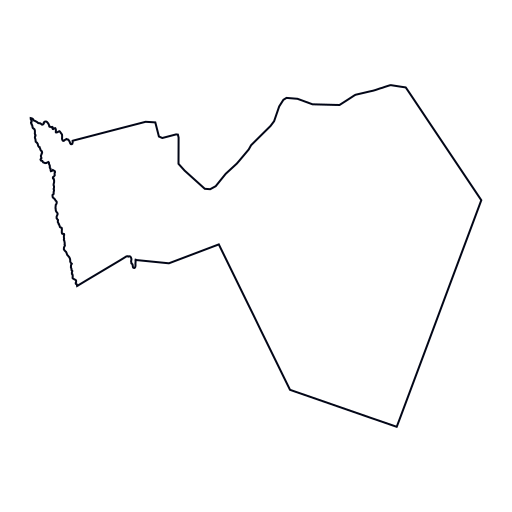 Mongu, Western, Zambia (Equal Earth projection)
{"feature_id": "96606910B8342530541372", "entity_name": "Mongu", "entity_type": "district", "adm_level": 2, "iso_a3": "ZMB", "parent_name": "Zambia", "parent_adm1": "Western", "projection": "equal_earth", "projection_center": [23.028, -15.443], "detail": "fine", "context": "isolated", "style": "outline", "palette": "ink", "viewbox_px": 512, "rotation_deg": 0, "n_neighbors": 0, "source": "geoboundaries", "source_scale": "gbopen_adm2", "svg_char_len": 5525}
<svg xmlns="http://www.w3.org/2000/svg" viewBox="0 0 512 512"><path d="M77.1,286.0L87.2,279.9L119.6,260.6L124.8,257.4L126.2,256.5L127.3,256.2L128.1,256.4L128.2,256.5L128.3,256.4L128.9,256.3L129.7,256.3L130.3,256.6L130.9,257.4L131.2,258.2L131.4,258.8L131.4,259.3L131.4,259.7L131.4,259.8L131.2,260.6L131.1,261.2L131.2,262.0L131.4,262.5L131.4,263.0L131.4,263.4L131.9,263.8L132.3,264.1L132.5,264.4L132.5,264.7L132.7,265.2L132.7,265.6L132.8,266.3L132.9,266.8L133.1,267.5L133.5,267.8L133.9,267.9L134.3,268.0L134.7,267.8L134.9,267.6L135.2,267.1L135.4,266.3L135.5,265.4L135.5,264.6L135.4,263.8L135.5,263.2L135.5,262.4L135.6,261.7L135.6,261.1L135.5,260.5L135.5,260.1L135.6,259.7L136.9,260.1L137.9,260.2L168.9,263.3L218.8,244.4L246.6,301.2L253.6,315.4L261.0,330.7L284.2,378.0L290.0,389.8L294.8,391.5L370.6,417.8L396.7,426.8L396.8,426.6L400.1,417.9L427.5,344.5L449.8,284.6L474.6,218.2L481.3,200.2L427.9,120.5L410.4,94.3L405.8,87.5L405.6,87.4L400.8,86.7L391.2,85.2L390.7,85.2L390.2,85.2L387.6,86.0L384.5,87.0L382.3,87.8L380.1,88.4L375.5,90.0L373.1,90.7L369.0,91.6L363.1,93.0L361.8,93.3L355.8,94.7L355.3,94.9L354.7,95.2L353.3,96.1L348.7,99.1L342.0,103.4L339.5,105.0L334.6,104.9L312.5,104.3L297.5,98.8L286.5,97.9L283.4,99.8L279.2,106.4L274.1,121.2L270.5,126.0L263.1,133.3L251.1,145.2L248.7,149.5L239.3,160.7L236.8,163.6L225.7,173.8L215.7,186.2L210.2,189.2L204.8,188.8L184.6,170.6L179.2,164.6L178.5,163.8L178.6,137.6L177.9,134.6L176.1,134.4L162.3,138.0L158.9,136.5L156.1,125.5L155.3,122.4L150.8,122.1L145.6,121.8L114.7,129.8L73.2,140.6L72.6,140.8L72.6,141.4L72.7,142.3L72.5,143.0L72.3,143.8L71.7,144.2L70.8,144.1L70.2,143.3L69.6,141.6L69.0,140.6L68.3,139.7L67.8,139.4L67.2,139.5L66.8,139.2L66.5,139.0L66.0,139.3L65.0,139.9L64.4,140.2L63.9,140.8L63.2,140.9L62.6,140.4L62.3,139.7L62.0,138.8L62.1,137.6L62.1,136.3L62.1,135.5L62.0,134.6L61.3,133.5L60.8,132.9L60.2,132.0L59.7,131.4L59.4,131.2L58.6,131.5L57.5,132.2L56.7,132.4L56.1,132.5L55.8,132.2L55.8,131.6L55.9,130.4L55.8,129.3L55.3,128.2L54.4,128.3L53.7,128.8L53.2,129.1L52.8,129.0L52.7,128.4L52.7,128.1L52.7,127.4L52.5,127.1L52.2,126.9L51.9,127.0L51.4,127.3L51.0,127.0L50.4,126.8L49.7,126.8L49.3,126.5L49.2,125.6L48.7,124.4L48.3,123.6L47.6,122.7L47.0,122.0L46.4,121.6L45.6,121.5L44.7,121.7L43.9,122.4L43.7,122.9L43.7,123.3L43.8,123.5L43.4,124.0L43.0,124.4L42.1,124.7L41.3,124.1L40.9,123.8L40.5,123.5L39.9,123.2L39.6,123.2L39.2,123.3L38.5,123.1L37.8,122.8L37.5,122.4L36.8,121.9L36.0,121.5L35.6,121.2L34.9,120.9L34.2,120.7L33.6,120.2L33.4,119.8L32.8,118.9L32.1,118.5L31.5,118.3L30.7,118.1L30.7,118.4L30.8,119.3L31.2,119.7L31.2,120.1L31.4,120.5L31.7,121.4L31.4,122.0L31.0,122.3L31.0,123.6L31.4,122.7L31.4,123.5L31.5,123.9L31.6,124.1L31.6,124.5L31.8,124.6L32.2,125.3L32.4,126.3L32.5,126.8L32.5,127.1L32.8,128.0L33.0,128.2L33.3,128.3L33.8,128.7L33.8,128.8L34.4,129.2L34.7,129.9L34.9,130.9L34.9,133.0L34.8,133.4L34.9,133.6L35.0,134.2L35.0,134.3L35.3,134.7L35.5,135.0L35.5,135.8L35.1,136.0L34.9,137.7L35.4,139.2L35.5,139.7L35.6,140.7L35.7,141.7L36.5,142.4L37.0,142.7L37.1,143.1L37.6,143.6L38.2,145.9L38.5,146.3L38.9,146.9L39.3,147.2L39.6,147.2L39.7,147.7L40.1,148.4L40.3,149.2L40.3,149.4L40.9,150.6L41.4,150.8L41.9,151.5L42.1,152.5L42.1,152.9L42.0,153.1L41.7,153.3L41.6,153.8L41.5,154.5L41.1,155.2L40.9,155.7L41.0,156.8L41.3,157.5L41.4,157.8L41.4,158.3L41.3,158.5L40.9,158.7L40.5,159.5L40.9,160.5L41.7,160.8L42.3,160.9L43.1,162.3L45.1,163.1L45.4,163.1L45.8,163.0L46.5,163.0L47.2,162.5L48.4,162.0L48.9,162.6L49.1,164.3L49.4,164.7L49.9,166.1L49.7,167.0L49.9,167.9L50.0,168.1L50.5,168.5L50.6,170.2L50.9,171.2L51.8,171.0L52.0,170.8L52.8,170.0L54.0,170.7L54.9,171.3L55.0,172.3L54.6,173.0L54.6,174.0L54.7,175.4L53.8,176.6L53.1,177.0L52.9,177.5L52.9,178.1L53.0,178.5L53.4,178.6L53.8,179.0L54.1,180.5L54.1,182.1L54.0,182.7L53.8,183.3L53.6,184.4L53.6,185.3L54.0,186.2L54.0,187.9L53.8,188.5L53.6,188.9L53.8,189.7L54.0,189.9L54.0,190.8L53.6,192.0L53.6,192.5L53.7,192.8L53.6,194.0L53.1,194.4L52.5,195.0L52.5,195.4L52.6,196.5L52.8,197.4L53.2,197.8L53.6,198.1L54.0,198.4L54.2,198.7L55.0,199.4L55.5,200.5L56.0,200.9L56.3,201.2L56.7,201.9L56.7,202.6L56.6,203.3L56.2,204.3L55.7,205.0L55.7,205.6L55.5,207.6L55.5,208.3L55.7,208.7L55.7,209.6L55.8,210.4L55.8,210.6L56.3,211.7L56.9,212.4L57.2,212.8L57.3,212.9L57.6,213.6L57.6,214.1L57.5,214.7L57.2,215.1L56.6,216.7L56.6,218.2L57.1,218.8L57.3,219.3L57.6,219.7L57.9,219.8L58.0,220.2L57.9,221.2L57.8,221.7L57.8,222.1L58.0,222.4L58.5,223.4L58.6,223.5L58.7,224.1L59.0,224.2L59.2,224.8L59.2,225.0L59.6,225.8L59.8,226.7L59.9,227.0L60.6,227.5L60.8,227.5L61.4,227.7L61.8,228.1L61.9,229.4L61.9,229.7L61.8,230.7L61.8,232.7L62.1,233.6L62.7,233.9L63.2,233.8L64.0,234.0L64.2,234.9L63.9,235.7L63.9,237.4L64.1,238.9L63.9,239.4L63.9,240.1L64.3,240.8L64.7,243.0L64.7,243.9L64.6,244.2L64.6,244.6L64.8,244.8L64.9,245.6L64.4,246.6L64.0,247.4L63.9,248.2L63.9,249.4L64.1,249.6L64.3,250.1L64.8,250.7L65.2,251.1L65.6,251.5L66.0,251.8L66.4,252.6L67.0,254.3L67.3,255.0L67.6,255.3L68.2,255.9L68.6,256.5L69.2,257.1L69.9,258.5L70.2,259.9L70.2,261.5L70.7,262.7L71.1,263.1L71.8,263.7L71.7,264.0L71.0,265.1L71.0,266.2L70.9,266.9L70.9,267.1L71.0,267.2L71.0,267.6L71.5,268.9L71.5,270.1L71.9,270.5L72.3,270.9L72.3,271.2L72.1,271.7L71.9,272.5L71.9,273.9L72.4,274.6L72.5,274.6L72.6,275.2L72.7,275.8L72.7,276.3L72.7,276.7L72.6,277.1L72.6,278.1L72.9,278.5L73.4,278.7L74.1,279.2L74.9,279.6L75.6,280.0L76.0,280.4L76.1,280.8L76.1,281.4L76.1,282.1L75.9,282.6L75.7,282.9L75.7,283.3L75.8,283.7L76.0,283.9L76.2,284.1L76.7,284.3L77.0,284.9L77.0,285.5L77.1,286.0Z" fill="none" stroke="#020617" stroke-width="2"/></svg>